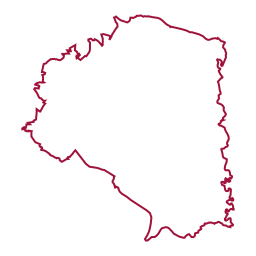 the district of Tubas, West Bank, Palestine
{"feature_id": "87354302B78640432651808", "entity_name": "Tubas", "entity_type": "district", "adm_level": 2, "iso_a3": "PSE", "parent_name": "Palestine", "parent_adm1": "West Bank", "projection": "mercator", "projection_center": [35.475, 32.295], "detail": "fine", "context": "isolated", "style": "outline", "palette": "rose", "viewbox_px": 256, "rotation_deg": 0, "n_neighbors": 0, "source": "geoboundaries", "source_scale": "gbopen_adm2", "svg_char_len": 5774}
<svg xmlns="http://www.w3.org/2000/svg" viewBox="0 0 256 256"><path d="M230.2,227.1L230.0,226.3L230.4,225.8L232.5,225.6L232.9,225.3L233.0,224.8L230.7,222.1L230.7,218.9L230.3,218.3L229.1,218.4L226.5,220.5L225.6,220.5L225.0,220.0L225.0,218.7L226.1,217.2L226.6,215.7L227.7,214.1L227.6,213.7L225.8,212.8L225.5,211.6L226.0,209.7L226.7,209.3L227.1,209.5L227.4,211.1L228.3,211.5L228.7,211.4L229.5,209.9L230.9,209.0L231.8,209.0L232.7,209.6L233.7,209.5L233.7,209.0L233.2,208.1L233.0,205.8L231.7,203.5L231.2,203.4L230.2,204.6L229.5,204.6L227.0,202.5L226.7,201.9L227.1,201.1L229.3,199.9L230.1,199.8L232.4,200.7L233.1,200.4L233.3,199.7L232.5,198.1L230.2,198.6L229.9,198.4L229.5,197.8L229.6,196.9L230.5,195.3L230.9,190.0L230.7,189.1L229.7,188.5L228.8,188.5L228.5,188.9L228.7,190.1L228.4,190.7L227.3,191.1L226.1,191.0L225.1,189.6L224.5,185.8L222.1,184.9L221.3,182.5L221.7,181.9L222.9,181.8L223.6,182.0L224.2,183.1L225.0,183.1L225.8,182.6L225.8,182.1L225.4,181.4L225.2,180.3L225.3,178.7L225.6,178.3L226.5,178.7L227.0,179.3L227.2,180.5L227.7,181.3L228.5,181.8L229.2,181.8L230.2,181.1L230.2,180.7L229.7,180.4L228.5,180.3L228.2,179.5L229.8,177.9L230.5,178.5L231.3,178.4L232.1,176.8L231.8,176.0L230.6,175.4L230.1,174.8L229.9,172.5L229.1,170.7L228.1,170.2L225.9,170.3L225.3,170.0L224.9,169.3L224.7,168.5L224.9,167.2L225.2,165.6L226.6,161.9L226.8,159.3L223.5,157.6L223.0,156.8L222.3,152.9L221.3,149.2L221.6,148.8L223.9,148.6L225.6,147.0L226.9,146.7L227.6,146.1L227.8,145.3L227.6,144.8L227.1,144.2L227.1,142.9L227.3,142.0L228.3,140.5L228.8,138.7L228.6,137.2L228.4,136.1L227.1,133.3L226.1,131.8L225.0,129.3L224.6,127.6L221.5,125.9L219.5,125.4L218.6,124.4L218.7,123.9L220.0,123.4L220.6,122.9L220.8,121.7L221.6,120.8L223.1,120.2L222.1,120.0L223.1,119.3L222.9,118.0L225.3,115.6L225.9,114.0L223.9,110.8L223.6,109.5L223.9,107.6L223.0,106.0L221.6,104.6L217.9,103.1L217.5,102.8L217.3,102.3L217.5,100.8L219.0,98.6L218.6,95.3L220.6,93.8L220.7,93.1L219.7,90.1L219.2,86.5L218.4,82.8L217.9,81.7L221.0,78.3L222.3,77.7L222.5,77.2L220.3,74.2L218.8,71.2L218.8,70.6L219.9,69.7L220.3,68.9L219.8,68.3L218.4,67.8L217.7,66.6L217.6,64.9L218.3,62.7L217.1,59.7L217.5,59.3L218.5,59.7L219.9,59.7L221.3,60.9L222.0,62.4L221.0,64.3L221.0,65.1L221.8,65.9L222.5,65.7L226.0,57.1L225.7,55.2L226.2,53.8L226.1,52.9L225.3,51.0L225.1,49.7L223.1,47.4L223.3,45.2L224.9,42.8L224.7,42.2L223.8,42.0L223.0,41.5L221.2,41.2L218.5,38.5L218.1,38.6L217.8,38.1L217.2,38.8L215.9,38.2L212.7,38.5L209.2,39.8L207.9,39.8L205.9,38.9L202.8,36.1L199.0,34.3L191.7,32.2L190.1,32.3L186.3,30.5L181.5,29.1L171.7,26.8L170.4,27.1L170.2,26.3L166.7,24.5L161.9,20.1L159.8,18.7L157.8,17.9L152.0,17.1L150.5,16.6L149.0,16.6L148.3,16.2L147.0,16.5L144.2,16.2L143.2,16.7L140.8,15.4L138.6,15.9L137.0,15.7L136.6,15.8L136.3,16.5L133.2,18.0L132.2,17.7L130.4,17.7L130.3,18.7L129.6,20.8L127.6,22.3L127.1,22.4L120.8,20.3L119.1,19.2L116.0,16.6L115.7,17.0L114.1,17.5L115.7,21.8L117.3,23.9L117.5,26.7L116.1,28.4L112.1,34.6L111.6,36.2L109.9,39.2L109.5,39.0L110.3,36.6L109.9,35.9L103.6,34.1L101.3,34.5L102.7,38.3L102.8,42.7L101.8,44.4L102.7,44.8L102.0,45.7L98.8,41.7L96.4,40.0L94.7,39.2L94.3,40.2L92.9,40.4L91.0,38.7L88.4,39.4L88.3,40.7L90.0,42.5L89.9,49.8L89.3,52.0L86.3,56.3L85.0,56.0L80.5,60.0L77.8,57.9L76.7,58.4L76.3,56.8L76.8,56.3L76.7,55.7L78.1,55.6L78.7,56.2L79.8,55.1L79.1,53.7L78.0,54.2L77.1,52.5L77.0,51.8L74.9,50.3L75.3,45.1L69.8,48.2L69.8,49.1L70.6,50.2L70.8,51.2L69.9,51.2L70.0,50.6L67.2,50.3L69.0,53.6L66.6,53.5L63.9,54.1L62.9,53.8L62.3,54.0L62.7,54.6L63.9,55.7L63.6,57.5L62.4,58.7L60.1,60.2L59.5,60.2L56.2,59.2L55.7,59.4L54.2,58.9L52.1,59.0L51.4,59.4L50.6,59.2L46.9,62.2L46.2,63.3L43.7,64.0L41.9,72.0L43.7,72.2L45.2,72.9L44.7,74.3L42.3,75.0L42.8,75.8L43.1,78.3L42.8,81.5L44.0,82.4L42.8,82.6L39.4,82.3L36.8,83.2L35.2,84.4L35.2,84.7L38.0,85.3L39.3,85.9L39.2,86.7L38.7,86.7L38.7,88.5L34.9,88.1L34.2,89.2L36.7,92.5L39.2,97.7L40.3,98.3L41.3,98.4L41.9,99.4L43.4,100.6L44.0,100.9L44.9,100.8L43.4,102.5L45.2,103.5L43.2,106.2L40.3,111.5L39.9,111.5L36.6,109.1L36.5,110.5L36.8,111.2L36.0,119.5L33.6,120.7L33.7,121.8L28.1,122.8L29.8,124.3L26.4,124.4L26.3,126.0L25.8,127.7L24.2,127.1L22.3,128.4L22.3,129.3L24.7,129.0L25.4,130.8L26.7,130.6L27.0,131.3L28.7,131.3L28.8,130.7L31.7,131.2L31.4,132.0L31.4,136.5L35.3,142.2L40.1,144.2L39.5,145.8L40.2,146.8L41.5,147.3L41.4,147.6L41.7,147.8L41.8,147.6L42.2,148.2L42.0,149.5L41.2,149.7L41.2,149.9L43.6,150.3L45.8,151.2L49.2,153.6L49.6,154.1L49.7,154.6L50.3,154.7L50.6,155.2L53.4,156.4L55.0,157.6L55.8,157.6L56.7,158.3L57.5,157.9L58.9,158.2L59.6,158.8L59.8,160.3L61.9,161.8L66.6,159.1L68.3,158.9L67.5,157.8L67.8,157.2L70.0,156.8L70.3,156.2L72.3,154.2L73.9,151.9L75.4,150.3L85.8,163.7L89.5,166.7L97.1,167.9L99.8,168.7L101.8,169.6L104.3,170.0L114.5,176.3L113.9,177.3L114.0,178.2L113.2,180.1L112.7,180.7L112.6,181.7L112.7,182.4L113.0,182.5L113.9,183.8L114.5,185.0L114.4,185.6L114.7,186.1L115.5,186.4L114.9,187.2L115.1,187.6L116.6,187.0L117.5,187.2L118.5,188.1L118.6,189.3L119.6,191.5L121.7,193.6L127.0,196.9L130.8,200.0L146.9,210.5L150.0,213.2L151.4,217.4L150.9,222.5L150.2,226.8L149.1,231.3L147.4,235.0L145.0,239.1L145.8,240.5L147.1,240.6L148.6,239.7L151.7,237.0L154.8,237.0L156.7,235.6L158.4,233.6L160.9,229.4L162.2,228.1L165.7,227.2L167.2,227.4L168.6,228.0L172.2,231.6L173.7,233.6L179.2,236.6L183.7,237.8L184.7,237.6L185.4,236.4L187.8,234.5L189.1,234.2L191.6,237.1L193.4,237.1L194.5,236.3L194.9,235.4L195.1,234.1L195.0,233.5L195.5,233.1L198.2,232.6L198.4,230.8L201.2,229.1L201.3,228.7L200.6,228.0L200.6,227.0L201.4,226.4L204.2,225.3L204.5,225.0L204.6,223.8L205.0,223.4L205.9,223.7L207.6,223.2L208.6,222.6L209.7,222.8L210.9,222.4L213.3,223.3L214.0,223.2L214.6,223.7L215.2,223.1L216.8,222.7L218.0,221.9L219.1,222.0L221.1,223.2L221.9,223.4L223.3,225.2L226.2,225.6L227.5,226.5L230.2,227.1Z" fill="none" stroke="#9f1239" stroke-width="2"/></svg>